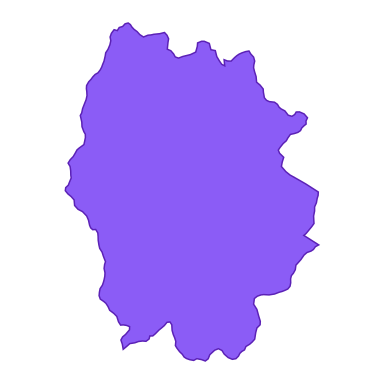 outline of Descalvado, São Paulo, Brazil
{"feature_id": "56859067B20222992390792", "entity_name": "Descalvado", "entity_type": "district", "adm_level": 2, "iso_a3": "BRA", "parent_name": "Brazil", "parent_adm1": "São Paulo", "projection": "mercator", "projection_center": [-47.656, -21.88], "detail": "fine", "context": "isolated", "style": "filled", "palette": "violet", "viewbox_px": 384, "rotation_deg": 0, "n_neighbors": 0, "source": "geoboundaries", "source_scale": "gbopen_adm2", "svg_char_len": 3415}
<svg xmlns="http://www.w3.org/2000/svg" viewBox="0 0 384 384"><path d="M214.7,350.2L218.4,348.7L222.0,350.5L224.2,354.1L228.2,357.6L232.3,359.3L235.9,358.7L238.5,356.1L239.8,353.4L241.9,351.4L244.5,349.9L245.9,346.5L249.7,344.2L252.1,342.1L254.7,339.2L255.7,332.7L256.9,328.0L260.1,324.8L260.3,321.3L258.7,316.1L256.9,309.4L253.6,304.2L254.4,298.5L257.3,296.2L261.0,294.9L263.6,294.6L269.1,294.9L274.6,294.0L279.3,292.2L282.0,291.5L284.8,290.4L287.8,289.0L290.0,286.3L290.7,282.9L290.6,278.8L291.4,275.6L293.4,273.2L295.3,269.7L295.9,265.2L300.9,259.6L304.0,255.1L307.0,252.5L311.0,251.1L313.4,249.5L315.4,246.7L318.7,244.9L303.8,235.4L306.0,233.6L311.7,226.7L314.0,223.5L313.8,220.1L313.6,216.0L314.6,211.0L314.6,206.9L316.4,202.8L317.2,198.3L318.1,195.5L318.3,192.0L305.7,183.9L301.7,181.6L296.8,178.8L290.0,175.0L285.8,171.6L281.4,166.5L282.2,162.2L283.7,157.3L279.6,153.3L278.3,150.1L280.0,147.5L283.2,143.5L286.3,140.8L287.8,138.0L290.4,134.4L294.5,133.5L297.9,132.4L300.5,130.6L301.8,127.9L304.1,125.7L306.1,124.1L306.0,121.0L307.5,117.8L304.1,113.9L299.5,111.9L296.2,112.0L294.7,114.5L292.0,116.3L288.2,115.2L284.9,110.9L281.1,108.9L279.1,107.2L277.4,104.3L274.5,102.2L269.3,101.6L266.5,100.3L264.4,97.8L263.4,92.2L263.2,89.0L260.0,85.0L256.6,82.2L256.1,76.6L254.6,71.8L253.6,67.8L253.8,65.0L254.7,61.1L253.6,57.1L250.7,53.9L249.0,51.0L245.6,51.6L241.8,52.9L239.0,54.2L236.8,55.7L234.7,57.5L231.1,61.1L227.5,61.0L224.1,59.7L224.7,65.8L221.7,64.3L219.5,61.1L216.8,56.6L215.3,50.6L210.9,49.7L209.3,43.4L204.3,41.3L201.5,41.3L197.6,42.9L197.3,46.4L195.7,52.1L190.4,54.6L182.7,56.5L178.5,58.1L175.2,56.9L173.6,53.9L170.8,50.7L167.3,49.2L168.0,42.3L168.6,38.8L167.0,35.2L164.5,32.5L159.7,33.7L153.7,34.3L151.2,34.9L147.9,35.2L143.5,37.0L139.8,34.6L137.1,31.6L134.0,29.3L131.8,26.9L130.4,24.6L128.2,23.0L125.1,23.8L122.6,26.5L119.2,27.5L117.3,30.6L114.1,29.7L111.4,33.3L110.1,37.0L110.8,40.7L109.9,44.8L108.0,49.3L105.7,52.8L105.2,56.0L104.0,61.2L102.7,64.3L101.7,67.1L100.1,70.1L97.9,72.9L95.2,74.4L92.9,76.8L90.9,79.5L88.7,81.8L86.6,85.5L86.4,88.7L86.8,91.7L87.0,95.6L86.1,99.7L84.4,104.0L82.6,108.6L81.7,112.9L80.3,115.5L81.0,118.6L81.8,122.1L82.0,126.7L83.8,131.6L85.3,134.2L85.4,137.6L84.6,141.5L83.9,144.6L79.2,148.0L77.0,149.9L75.1,153.4L73.2,156.6L70.3,159.6L68.1,163.1L70.1,166.5L70.7,170.8L70.8,175.1L71.2,178.0L69.6,181.8L68.3,185.2L65.7,187.6L65.3,190.7L67.9,193.9L71.1,196.5L74.1,199.9L74.6,205.5L78.0,209.3L82.5,211.6L84.7,213.9L86.7,216.0L88.5,220.2L89.6,225.3L90.7,227.9L92.7,229.7L95.7,229.5L97.8,232.9L98.1,236.5L98.2,240.3L98.9,244.9L99.7,248.4L102.1,252.2L103.3,256.0L104.4,258.9L105.5,261.7L104.6,264.5L104.1,268.5L105.0,272.9L104.8,276.2L104.1,279.7L103.4,282.3L102.4,285.2L100.1,288.6L99.4,292.2L99.1,295.7L100.3,299.1L103.8,301.5L105.9,303.3L108.0,306.5L109.7,310.3L113.7,313.3L116.8,316.4L118.5,321.8L120.6,325.1L123.3,324.9L126.5,325.4L129.6,326.6L129.5,329.8L125.6,334.4L122.6,336.9L120.9,340.0L122.3,344.1L123.2,349.3L126.8,346.3L129.8,343.6L134.9,342.8L138.5,341.5L142.6,341.0L146.0,341.3L149.1,339.0L149.8,336.0L152.8,335.9L155.4,333.7L158.9,330.1L161.5,328.0L164.3,325.6L167.0,322.3L170.0,322.0L171.8,324.8L172.1,330.4L173.3,334.6L174.7,337.9L175.8,341.4L175.4,345.6L176.9,348.1L179.6,351.7L182.4,354.4L184.1,357.0L186.4,358.5L189.8,359.7L193.7,360.4L196.8,358.7L201.5,359.6L205.3,361.0L208.2,358.8L209.8,354.7L214.7,350.2Z" fill="#8b5cf6" stroke="#5b21b6" stroke-width="1.5"/></svg>